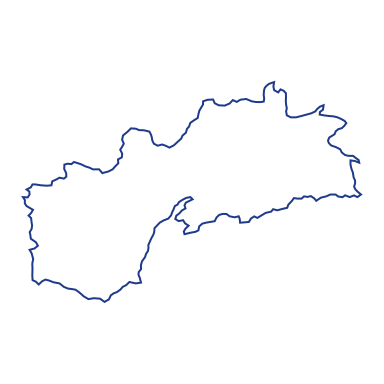 Rio Casca, Minas Gerais, Brazil, rotated 90°
{"feature_id": "56859067B885632128297", "entity_name": "Rio Casca", "entity_type": "district", "adm_level": 2, "iso_a3": "BRA", "parent_name": "Brazil", "parent_adm1": "Minas Gerais", "projection": "equal_earth", "projection_center": [-42.663, -20.132], "detail": "fine", "context": "isolated", "style": "outline", "palette": "blue", "viewbox_px": 384, "rotation_deg": 90, "n_neighbors": 0, "source": "geoboundaries", "source_scale": "gbopen_adm2", "svg_char_len": 3694}
<svg xmlns="http://www.w3.org/2000/svg" viewBox="0 0 384 384"><g transform="rotate(90 192 192)"><path d="M284.5,345.3L281.2,341.8L279.6,338.5L280.5,335.0L282.3,330.4L283.4,324.5L286.9,320.1L288.6,315.9L289.0,312.4L289.7,308.5L291.6,305.8L293.7,303.2L296.4,300.2L299.1,295.6L298.2,290.2L298.7,283.9L301.9,279.5L299.4,275.1L295.4,273.2L293.4,270.5L292.1,267.1L289.7,263.7L286.8,261.2L285.2,257.9L282.0,254.6L283.4,248.2L282.6,243.0L277.9,244.2L274.8,245.5L272.1,245.3L269.0,242.9L265.3,243.1L261.3,242.0L257.2,239.0L253.8,237.9L251.1,236.1L247.9,235.5L245.1,235.7L241.7,234.2L238.2,232.6L234.6,230.6L232.0,229.8L228.2,229.5L225.9,227.3L222.7,224.3L220.4,220.4L218.6,215.7L215.3,212.9L212.2,211.8L209.3,210.4L206.1,209.2L204.6,206.5L202.1,205.0L200.0,201.8L197.9,197.8L197.1,193.6L199.3,191.4L201.2,195.2L202.7,198.2L205.4,199.5L208.4,198.5L210.4,202.0L213.2,204.5L215.7,207.7L219.0,208.7L221.1,205.3L220.2,200.9L223.3,199.0L225.7,195.4L228.6,198.5L231.5,200.2L234.2,199.5L232.6,192.9L231.9,188.8L230.4,185.6L226.4,184.8L223.7,181.8L222.7,178.1L222.1,174.7L221.2,169.3L217.4,167.4L215.0,164.9L213.9,161.4L214.0,157.5L216.3,154.4L217.3,149.3L216.3,145.3L218.9,144.3L222.7,143.9L222.0,135.2L218.5,133.0L216.4,129.8L217.9,126.6L215.7,123.0L212.9,118.4L211.6,112.8L209.2,110.9L210.3,106.7L208.8,101.2L207.8,96.8L204.7,95.7L200.8,92.0L198.1,90.1L198.6,86.5L198.6,82.5L196.4,80.0L196.9,76.4L196.1,73.1L198.5,69.6L200.8,67.8L197.7,63.2L196.3,57.6L194.5,53.7L194.5,48.4L196.5,45.8L197.2,41.5L195.3,38.9L197.1,34.3L195.4,30.0L197.1,26.7L194.5,23.0L191.5,26.6L189.4,28.6L186.6,29.9L183.4,28.9L180.7,28.9L177.3,30.4L172.7,31.1L168.7,32.6L164.6,33.5L160.4,33.5L161.0,29.1L162.7,24.8L160.0,25.4L158.2,28.0L155.9,30.9L155.8,35.5L155.1,38.8L152.5,42.2L149.3,43.8L147.2,47.9L145.4,52.9L143.0,55.2L140.5,56.0L137.5,54.7L134.3,49.5L131.2,48.2L129.1,45.6L128.2,42.2L125.6,39.5L123.1,37.7L120.9,39.4L119.0,42.8L117.3,46.6L116.4,50.3L116.0,55.0L115.4,59.8L114.6,64.3L112.0,64.1L109.7,61.0L105.2,60.4L106.7,64.1L109.0,66.8L111.4,68.7L113.3,72.7L114.6,77.5L115.8,81.9L117.3,87.8L117.3,93.3L115.3,97.2L111.3,97.9L108.3,97.2L104.7,97.9L100.9,98.2L97.6,98.0L93.2,98.1L90.8,100.3L89.4,103.5L92.4,105.8L90.1,109.9L86.4,110.6L82.1,109.9L83.8,114.9L85.8,117.5L88.0,119.3L90.6,120.0L94.9,120.3L98.8,119.8L101.6,120.3L102.1,123.7L102.0,128.1L101.3,132.3L99.0,137.8L99.7,143.6L101.9,147.2L100.1,151.2L103.5,154.4L105.6,159.3L105.3,165.3L103.2,169.3L99.5,170.9L99.8,176.5L101.3,180.9L104.5,181.0L107.9,183.0L110.5,184.6L113.8,185.5L118.0,186.3L120.2,189.9L122.9,193.7L126.5,194.9L128.7,196.9L132.8,198.2L135.6,201.5L138.6,202.8L141.8,206.3L145.3,210.1L147.6,214.5L145.6,218.7L144.5,221.9L145.7,226.3L143.7,230.1L140.8,231.6L137.4,232.2L134.9,232.9L131.6,234.6L130.3,239.9L130.1,244.9L128.7,248.2L128.4,253.1L131.7,256.4L135.4,260.9L139.6,261.9L143.7,260.2L146.8,261.9L149.7,263.8L153.7,261.8L157.4,262.2L159.4,266.0L163.3,265.7L166.8,269.2L169.3,271.3L171.5,275.6L173.1,281.7L169.3,284.9L169.4,290.9L167.6,294.7L166.4,298.6L164.5,302.4L163.2,306.1L162.0,310.0L164.1,312.6L163.7,316.4L164.6,319.6L168.9,319.8L173.2,317.8L176.7,317.7L178.6,320.1L177.7,324.5L179.3,327.3L181.3,331.7L185.3,332.6L185.7,337.0L185.3,343.1L184.5,348.1L184.4,351.5L187.4,353.2L189.5,357.4L191.5,354.7L194.4,354.4L197.4,356.3L197.1,361.0L200.1,359.1L203.3,359.2L205.9,357.6L207.5,355.0L209.8,351.0L212.9,352.8L215.6,355.4L218.1,352.9L221.7,352.5L225.6,351.9L229.0,352.4L232.1,354.3L235.2,353.6L238.7,353.2L240.5,350.6L242.2,348.1L245.7,346.1L248.5,349.5L249.8,354.4L253.2,352.4L256.1,351.6L259.2,350.8L262.9,351.6L265.5,351.7L268.0,351.5L272.0,351.6L275.6,351.7L280.2,351.4L281.6,348.2L284.5,345.3Z" fill="none" stroke="#1e3a8a" stroke-width="2"/></g></svg>